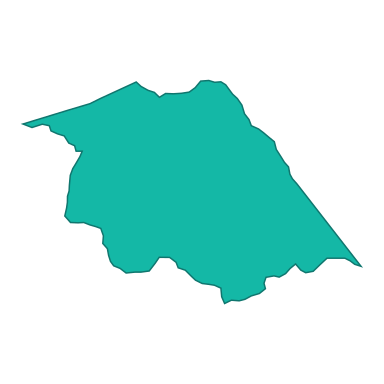 Itapororoca, Paraíba, Brazil (orthographic projection)
{"feature_id": "56859067B24843901347599", "entity_name": "Itapororoca", "entity_type": "district", "adm_level": 2, "iso_a3": "BRA", "parent_name": "Brazil", "parent_adm1": "Paraíba", "projection": "orthographic", "projection_center": [-35.262, -6.812], "detail": "fine", "context": "isolated", "style": "filled", "palette": "teal", "viewbox_px": 384, "rotation_deg": 0, "n_neighbors": 0, "source": "geoboundaries", "source_scale": "gbopen_adm2", "svg_char_len": 1429}
<svg xmlns="http://www.w3.org/2000/svg" viewBox="0 0 384 384"><path d="M113.7,265.8L120.1,268.4L126.1,273.0L135.1,272.1L141.0,272.1L149.2,271.0L155.2,263.2L159.2,257.3L169.6,257.4L176.1,262.3L178.2,267.8L185.3,270.2L191.4,276.3L195.5,280.2L202.2,283.5L208.7,284.3L214.3,285.2L220.9,288.1L221.7,296.8L224.6,303.5L231.4,300.2L239.2,300.8L245.0,299.3L251.3,295.9L259.4,293.5L265.4,288.7L264.0,283.2L266.0,277.3L274.0,275.9L279.2,277.1L285.6,273.6L290.2,268.4L295.6,264.0L300.8,270.1L305.7,272.7L313.2,271.3L320.1,264.6L327.0,258.2L336.3,258.2L344.8,258.2L350.1,260.8L354.7,264.3L361.0,266.3L297.0,184.0L292.4,178.8L289.9,174.2L288.5,166.9L284.4,162.3L281.0,156.8L276.3,149.5L274.3,141.7L268.9,137.3L263.7,132.9L258.6,129.0L251.3,125.7L249.0,119.6L244.5,113.8L241.9,105.1L237.3,98.5L232.6,94.2L229.2,89.6L225.7,84.8L220.9,81.8L214.7,82.3L208.8,80.5L200.7,81.1L195.2,87.7L189.2,92.1L181.4,93.3L173.3,93.8L165.6,93.5L159.4,97.3L154.4,92.4L148.0,90.3L141.0,86.4L136.2,82.0L100.4,98.5L89.9,103.7L69.4,109.8L23.0,124.0L32.0,127.5L42.3,124.2L49.3,125.7L51.0,130.9L57.4,133.8L64.2,135.9L68.8,143.1L74.6,145.7L76.1,151.2L82.2,151.2L80.0,156.5L75.8,163.7L72.8,168.6L70.3,175.3L69.4,185.1L69.1,191.0L67.5,196.2L67.4,202.3L66.6,208.0L64.8,216.0L70.5,222.5L78.0,222.8L83.8,222.5L89.9,224.9L95.8,226.6L100.8,228.4L103.4,235.8L102.8,243.5L107.4,248.7L108.6,255.4L110.5,261.4L113.7,265.8Z" fill="#14b8a6" stroke="#0f766e" stroke-width="1.5"/></svg>